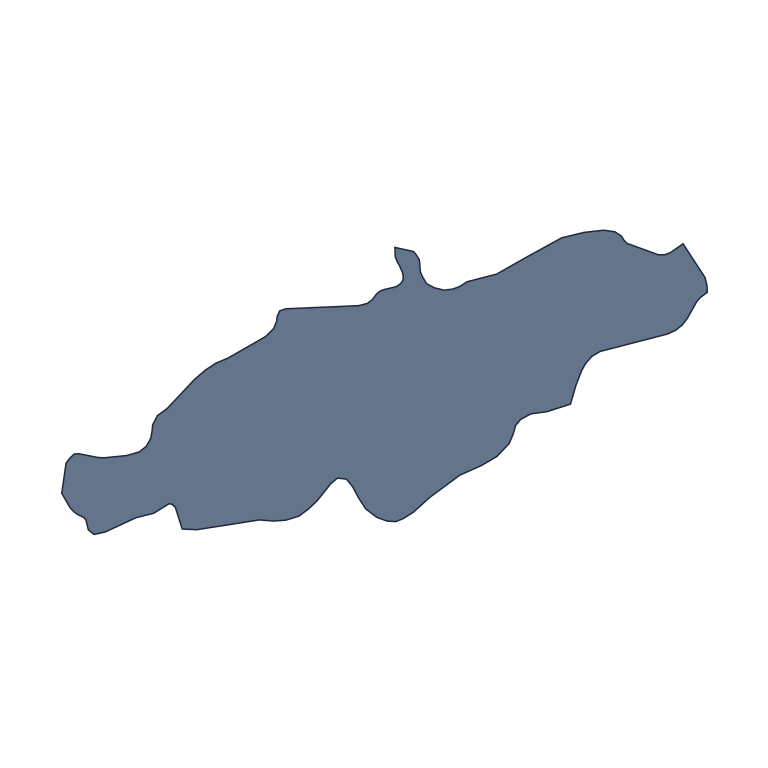 the border of Blida, rotated 356°
{"feature_id": "DZA-2209", "entity_name": "Blida", "entity_type": "Province", "adm_level": 1, "iso_a3": "DZA", "parent_name": "Algeria", "parent_adm1": "", "projection": "robinson", "projection_center": [2.981, 36.533], "detail": "fine", "context": "isolated", "style": "filled", "palette": "slate", "viewbox_px": 768, "rotation_deg": 356, "n_neighbors": 0, "source": "natural_earth", "source_scale": "10m", "svg_char_len": 1704}
<svg xmlns="http://www.w3.org/2000/svg" viewBox="0 0 768 768"><g transform="rotate(356 384 384)"><path d="M692.1,265.0L711.7,300.2L713.1,308.7L712.9,315.1L705.7,319.7L701.8,323.5L691.3,339.5L685.8,345.8L678.8,350.7L670.4,353.9L601.9,366.6L593.2,371.0L587.0,377.1L582.4,383.8L575.4,398.7L568.6,417.1L544.5,423.0L528.5,424.0L517.8,428.9L512.5,434.4L509.3,443.2L504.7,452.1L491.8,464.0L475.8,472.0L453.3,480.2L422.3,499.9L404.3,514.0L393.6,519.7L386.1,522.1L377.6,521.0L367.5,516.5L357.2,507.5L350.6,495.6L345.3,483.9L339.9,476.3L331.0,474.6L323.9,479.8L309.2,495.8L300.0,503.4L289.9,509.9L276.6,513.0L264.4,513.0L250.1,510.9L187.0,516.3L172.6,514.6L167.2,492.4L164.2,489.3L161.3,488.4L145.4,496.8L127.2,500.1L95.6,512.2L84.3,513.9L78.9,508.8L77.2,499.0L75.2,496.2L69.0,492.7L65.3,489.3L62.1,485.3L54.9,470.5L61.3,440.8L65.0,436.5L69.9,432.3L74.8,432.3L93.3,437.3L99.5,438.1L122.5,437.4L135.3,434.6L142.6,429.5L147.6,421.9L149.4,414.5L150.4,408.4L152.0,406.1L155.7,399.8L165.9,393.4L195.2,366.3L206.7,357.7L218.0,351.4L230.1,347.3L269.2,328.4L277.7,321.1L281.1,314.4L282.2,309.0L285.0,303.8L291.2,302.1L364.2,304.1L373.2,302.4L378.3,298.9L382.8,293.8L386.4,291.1L390.1,289.9L402.9,287.8L407.4,285.2L410.0,282.1L410.7,278.5L410.5,276.0L410.0,273.4L409.4,271.6L408.7,270.1L408.1,268.0L407.4,266.3L406.2,264.3L404.1,258.1L404.4,248.5L422.6,253.9L425.0,257.0L427.8,262.3L428.1,265.6L428.0,270.1L428.2,274.9L429.6,279.1L433.4,286.8L440.9,291.5L450.4,294.6L459.1,294.1L466.4,292.0L473.9,287.8L504.1,282.2L534.6,267.6L571.4,250.6L594.2,246.7L613.8,245.9L624.8,248.2L631.1,252.9L633.4,257.3L636.3,260.7L666.6,274.2L673.1,274.6L678.8,273.0L692.1,265.0Z" fill="#64748b" stroke="#1e293b" stroke-width="1.5"/></g></svg>